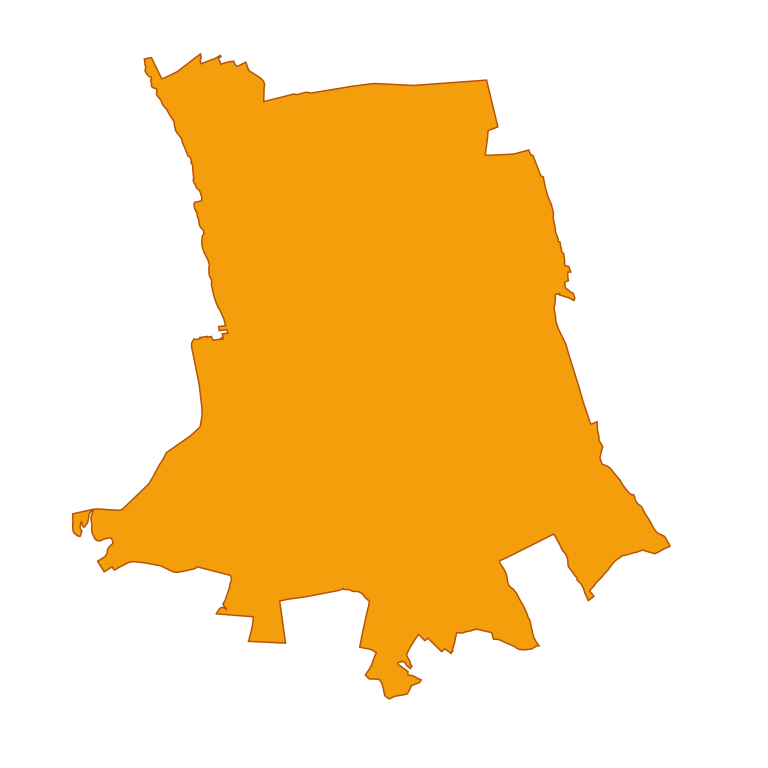 Beresti, Galati, Romania (Equal Earth projection), rotated 185°
{"feature_id": "2599482B76512347370212", "entity_name": "Beresti", "entity_type": "district", "adm_level": 2, "iso_a3": "ROU", "parent_name": "Romania", "parent_adm1": "Galati", "projection": "equal_earth", "projection_center": [27.864, 46.092], "detail": "fine", "context": "isolated", "style": "filled", "palette": "amber", "viewbox_px": 768, "rotation_deg": 185, "n_neighbors": 0, "source": "geoboundaries", "source_scale": "gbopen_adm2", "svg_char_len": 6120}
<svg xmlns="http://www.w3.org/2000/svg" viewBox="0 0 768 768"><g transform="rotate(185 384 384)"><path d="M125.8,295.6L127.5,295.3L130.0,296.5L135.1,301.7L138.6,305.7L140.2,308.5L151.4,319.8L153.9,321.4L159.6,323.2L160.2,324.1L162.5,329.2L160.7,340.8L164.8,346.6L165.4,350.7L167.3,356.7L168.4,364.9L173.8,362.2L174.8,362.4L184.3,384.2L189.6,398.2L202.2,428.8L206.3,439.5L214.2,452.6L217.4,459.1L218.4,462.1L219.1,466.8L221.1,473.4L220.6,482.0L221.1,488.4L218.5,488.6L217.5,489.5L217.1,488.0L207.2,485.9L202.1,483.7L201.3,486.2L203.6,491.0L205.9,491.7L211.7,495.7L212.9,501.2L209.3,503.0L210.3,506.9L210.6,511.6L207.7,511.8L210.3,517.3L214.1,517.6L215.0,520.8L214.5,521.1L216.4,529.6L218.1,530.5L221.2,541.0L222.8,540.8L222.9,543.1L226.5,550.6L227.0,554.5L230.3,565.3L229.9,568.3L232.5,576.5L237.4,585.9L240.5,594.2L243.4,604.2L245.8,604.9L255.6,624.7L257.7,625.0L260.2,629.7L275.1,624.3L300.1,620.9L303.1,621.1L302.3,638.2L302.4,645.4L293.0,650.1L308.3,695.7L380.5,684.0L420.3,682.5L441.0,678.0L482.0,667.5L487.0,667.9L496.1,664.6L498.8,665.1L528.4,654.9L529.3,668.9L528.9,671.2L529.7,673.9L531.7,676.4L533.9,678.1L545.6,684.3L546.5,685.5L549.7,692.5L557.1,688.0L559.0,688.2L560.6,689.8L561.9,692.5L568.5,690.9L574.3,688.4L577.5,694.3L574.9,695.9L575.5,697.1L581.0,693.4L594.3,687.1L595.3,690.1L594.6,692.8L595.6,696.9L617.1,677.2L629.8,669.5L632.1,668.8L644.1,688.9L651.1,686.9L650.1,683.0L650.0,681.3L649.0,678.9L649.3,675.1L648.2,673.0L645.4,670.3L644.4,669.6L642.6,669.4L642.3,667.6L642.8,666.9L642.6,665.3L641.8,663.2L641.6,660.2L639.2,658.7L636.7,658.4L635.9,657.7L635.9,652.4L631.1,647.4L629.0,643.1L627.0,640.9L624.6,638.8L620.0,632.0L616.6,628.0L615.5,625.5L615.5,623.8L614.7,621.9L614.2,619.5L613.3,617.9L612.3,616.4L608.5,612.4L607.1,610.4L606.2,608.7L606.1,607.3L602.5,600.9L599.1,593.9L597.1,593.2L594.9,588.9L595.8,588.1L594.2,585.8L593.5,584.3L592.9,579.4L591.3,571.7L591.9,571.2L591.7,569.9L590.9,568.2L589.4,566.1L588.1,563.3L584.2,559.9L581.8,554.2L581.6,550.6L588.4,548.5L589.0,546.9L588.5,544.0L587.6,541.6L585.2,537.9L584.7,535.3L584.3,534.0L583.3,532.5L581.9,526.9L581.0,524.9L579.4,523.1L577.3,521.5L576.5,517.7L577.9,515.8L577.9,509.3L577.7,507.6L577.0,504.7L574.9,499.8L570.6,493.0L568.4,488.1L568.6,484.5L568.0,479.3L567.4,476.7L566.9,475.6L565.7,474.4L565.0,472.7L564.4,470.0L564.7,469.7L564.6,467.7L561.2,457.0L558.2,450.1L555.5,445.2L554.3,443.9L553.1,441.9L549.1,434.6L546.9,428.2L553.7,426.8L552.8,422.8L545.3,424.4L544.1,421.1L549.6,419.8L548.0,414.7L549.4,414.5L549.8,415.8L551.2,414.7L551.0,414.2L558.3,412.8L560.1,416.3L563.8,415.2L564.2,416.0L571.5,414.2L570.9,413.3L573.0,412.5L575.5,412.0L577.4,412.3L579.1,408.2L579.1,404.8L568.0,367.1L563.6,345.8L562.5,337.3L563.3,326.3L564.2,324.4L572.5,315.3L594.7,296.8L597.3,290.3L601.1,283.2L606.1,271.2L609.7,263.9L633.7,236.4L636.6,235.1L658.7,234.5L663.0,233.8L682.9,227.5L682.0,220.6L681.8,215.1L680.9,210.4L680.3,209.2L678.5,207.5L677.3,207.0L676.3,206.2L673.9,205.6L673.2,206.1L672.6,210.0L672.1,211.1L673.9,213.3L674.4,215.3L673.7,220.1L673.1,220.4L672.2,217.0L671.4,215.6L670.2,215.3L669.6,215.8L667.4,219.6L667.0,220.9L666.5,225.7L666.8,227.4L664.6,232.1L662.5,232.8L663.3,231.2L663.4,228.6L664.2,226.9L664.2,224.4L663.5,221.1L662.6,218.8L662.8,215.3L662.5,212.9L661.5,209.6L657.8,203.7L656.0,203.0L653.9,202.9L652.5,203.3L649.0,205.3L644.2,206.7L642.6,206.8L641.8,205.8L640.9,204.3L640.1,202.2L640.1,201.7L643.0,198.6L644.4,196.4L644.9,195.1L645.2,191.2L645.7,189.9L647.0,187.6L653.9,182.5L646.4,172.6L638.8,178.2L637.0,175.4L635.6,175.5L632.2,178.1L622.9,183.9L618.7,185.1L616.4,185.3L604.6,184.8L590.6,183.4L577.2,178.3L573.1,178.5L567.5,179.9L555.7,183.8L554.6,185.6L554.1,185.6L520.6,180.0L519.9,179.4L518.8,175.2L519.8,172.7L520.3,167.4L523.4,154.7L525.2,151.0L524.7,149.6L521.5,146.5L521.4,145.8L524.1,147.2L525.5,147.4L526.9,147.0L528.0,146.1L530.5,141.7L531.0,140.4L494.1,140.7L493.8,138.4L493.9,134.1L494.5,127.8L496.2,117.3L496.7,115.8L459.5,117.3L469.0,158.7L461.1,161.2L444.5,164.9L410.7,174.5L406.8,176.7L406.5,175.9L400.3,176.0L397.2,174.7L391.6,175.0L387.5,173.3L384.8,170.3L381.7,167.7L379.6,166.8L380.0,161.0L380.7,157.6L383.4,137.4L385.3,119.7L373.9,118.4L368.3,115.8L370.7,108.0L371.7,103.2L374.2,97.9L377.2,92.4L373.0,88.9L364.5,89.4L362.3,88.8L360.0,85.5L358.5,81.8L356.1,73.6L352.0,71.0L351.0,70.9L345.8,73.9L337.0,76.2L333.7,77.4L331.3,83.0L330.5,85.9L327.9,86.9L326.9,87.8L323.8,89.0L321.8,90.8L321.2,92.5L325.7,94.0L327.5,95.1L330.6,96.0L332.5,96.2L334.5,95.9L334.9,96.6L335.0,99.6L344.6,105.4L345.9,106.6L345.2,107.8L344.1,108.4L343.0,108.4L342.3,109.6L338.1,107.8L337.4,105.9L333.0,102.8L332.2,104.6L331.4,105.5L333.3,106.8L333.3,108.1L334.0,110.0L337.2,114.6L337.8,115.8L337.9,116.8L334.2,125.7L333.3,127.1L331.6,130.7L327.8,137.6L321.0,131.9L318.1,134.6L303.3,122.4L300.3,125.5L293.6,121.4L293.4,122.6L292.1,123.9L292.6,125.2L291.9,128.2L292.0,129.5L291.1,131.8L291.0,134.8L289.9,142.7L286.9,142.5L283.5,143.0L281.4,144.1L275.6,145.8L272.9,147.1L271.1,147.4L270.9,147.9L255.0,145.7L252.8,139.4L248.2,139.5L246.2,139.0L234.7,135.0L231.5,134.2L229.1,132.6L226.2,131.4L220.7,131.4L214.6,132.8L213.3,133.2L209.7,135.9L206.7,136.8L209.5,139.8L212.5,144.4L213.9,147.8L218.1,161.3L220.0,163.9L221.2,166.9L223.7,171.5L226.4,176.1L230.7,182.1L233.6,186.9L237.4,191.0L239.9,192.3L242.2,194.5L243.5,197.5L244.7,202.6L245.8,205.8L248.1,209.6L252.9,215.8L253.4,217.2L253.4,218.4L252.1,218.6L246.9,221.5L202.0,249.2L200.1,247.1L195.2,239.7L191.8,233.9L188.4,230.7L185.7,225.3L184.9,219.8L183.9,217.4L181.5,215.0L176.5,209.0L175.4,208.4L174.7,207.3L174.5,205.4L169.8,201.5L167.3,197.4L166.0,193.9L161.6,186.0L156.4,190.7L161.2,196.1L157.6,200.5L155.1,204.8L149.7,211.2L148.3,213.6L145.1,217.6L140.2,225.5L137.6,228.6L133.8,231.6L132.3,233.3L130.8,234.0L128.3,234.5L119.8,237.9L118.0,238.3L112.0,241.1L99.5,238.5L98.4,239.0L97.7,239.7L96.8,239.9L90.5,244.3L85.1,247.1L85.1,247.5L86.1,249.5L88.2,252.1L89.5,254.4L91.7,256.9L98.2,259.2L101.1,261.7L105.4,267.8L107.1,270.7L112.6,277.6L116.7,284.2L120.8,286.8L122.6,288.8L123.6,290.6L124.9,294.2L125.8,295.6Z" fill="#f59e0b" stroke="#b45309" stroke-width="1.5"/></g></svg>